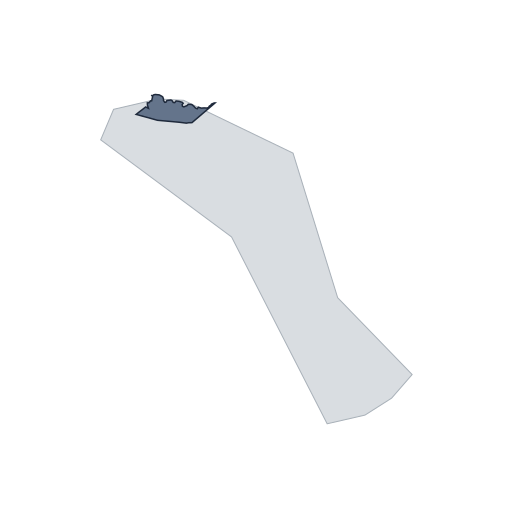 location of Umatac, Guam, rotated 116°
{"feature_id": "77769853B97114790292533", "entity_name": "Umatac", "entity_type": "district", "adm_level": 2, "iso_a3": "GUM", "parent_name": "Guam", "parent_adm1": "", "projection": "equal_earth", "projection_center": [144.66, 13.31], "detail": "fine", "context": "in_parent", "style": "filled", "palette": "slate", "viewbox_px": 512, "rotation_deg": 116, "n_neighbors": 0, "source": "geoboundaries", "source_scale": "gbopen_adm2", "svg_char_len": 1106}
<svg xmlns="http://www.w3.org/2000/svg" viewBox="0 0 512 512"><g transform="rotate(116 256 256)"><path d="M219.7,446.5L186.6,448.3L157.8,412.9L147.8,389.3L147.3,267.8L257.7,164.3L294.1,63.7L324.3,71.8L351.2,88.3L375.6,118.5L249.6,286.3L219.7,446.5Z" fill="#d9dde1" stroke="#a8b0b8" stroke-width="1"/><path d="M136.4,359.9L136.8,360.7L139.0,362.6L140.6,362.8L141.6,363.6L143.5,363.8L144.6,365.1L145.6,367.5L147.1,370.1L147.5,373.1L149.4,373.3L149.6,375.1L148.7,377.4L148.0,380.1L149.3,383.4L150.9,383.8L153.6,386.2L153.7,387.7L152.2,388.8L150.7,388.4L150.2,389.6L150.7,392.9L151.7,395.8L153.8,396.3L154.3,397.7L153.4,399.1L153.2,399.4L153.1,400.9L153.8,401.9L154.7,403.3L155.3,404.2L157.3,404.4L157.9,405.4L156.8,407.3L155.7,407.8L154.0,409.4L153.7,410.7L153.6,413.6L155.0,417.4L156.0,418.6L157.5,419.4L157.4,420.7L157.7,418.9L158.9,418.6L162.3,417.8L162.7,418.7L165.2,419.4L166.0,420.8L167.9,419.8L170.4,417.4L170.4,420.5L174.9,422.7L178.5,424.5L181.3,425.8L177.2,404.0L169.5,383.8L167.1,376.8L165.7,374.9L164.7,372.9L164.2,372.0L136.4,359.9Z" fill="#64748b" stroke="#1e293b" stroke-width="1.5"/></g></svg>